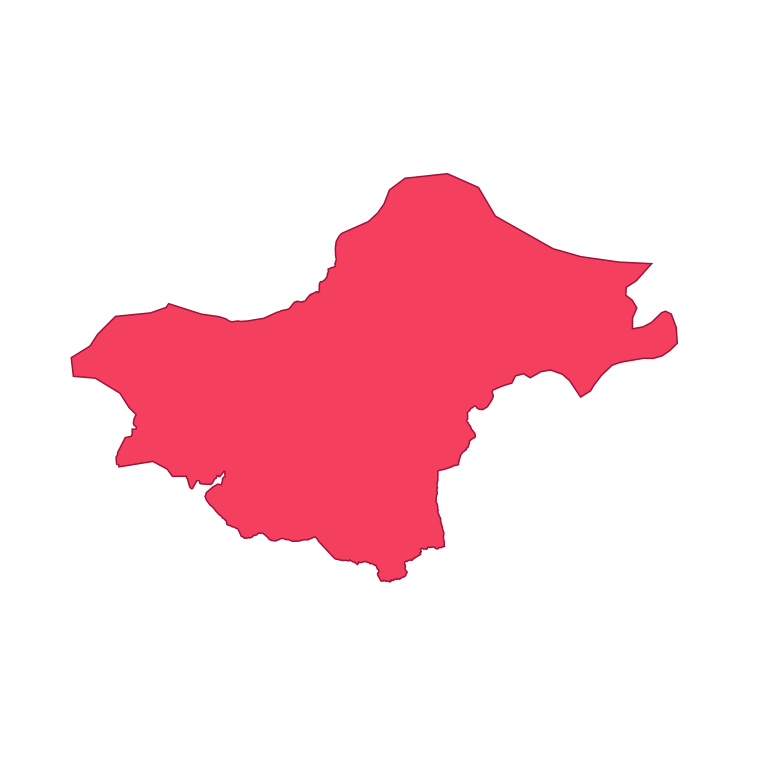 Krachi Nchumuru, Volta, Ghana (Natural Earth projection), rotated 164°
{"feature_id": "2480657B73751367479109", "entity_name": "Krachi Nchumuru", "entity_type": "district", "adm_level": 2, "iso_a3": "GHA", "parent_name": "Ghana", "parent_adm1": "Volta", "projection": "natural_earth1", "projection_center": [-0.055, 8.189], "detail": "fine", "context": "isolated", "style": "filled", "palette": "rose", "viewbox_px": 768, "rotation_deg": 164, "n_neighbors": 0, "source": "geoboundaries", "source_scale": "gbopen_adm2", "svg_char_len": 6165}
<svg xmlns="http://www.w3.org/2000/svg" viewBox="0 0 768 768"><g transform="rotate(164 384 384)"><path d="M661.6,377.4L627.6,373.3L615.9,362.0L612.8,353.5L599.4,349.8L599.7,348.8L599.2,347.2L599.0,345.5L599.2,344.9L599.1,341.9L599.2,339.2L598.7,337.4L597.9,336.4L596.9,336.3L596.6,336.6L590.6,342.6L589.1,342.2L588.2,341.6L588.2,340.4L588.4,339.2L587.6,338.6L585.8,337.8L579.6,335.8L578.4,335.1L575.8,336.4L573.5,339.0L571.3,339.8L570.4,340.8L569.7,342.1L568.6,341.6L568.4,340.7L567.3,340.2L561.9,344.2L561.0,343.5L561.9,341.2L562.0,339.5L562.6,339.0L564.0,338.5L564.7,338.0L565.7,336.8L566.0,335.4L568.2,331.9L571.4,333.6L576.8,332.2L584.7,328.6L585.4,327.3L586.9,325.4L587.0,324.8L586.7,321.4L584.5,315.3L583.6,314.5L582.1,311.7L580.7,308.3L578.5,303.9L576.9,301.9L576.0,299.4L574.8,298.4L574.2,296.9L573.4,296.3L573.7,292.6L572.7,291.2L570.6,290.1L569.1,288.4L568.0,288.2L566.3,286.4L564.4,285.0L563.1,276.8L561.3,275.6L561.4,275.1L561.3,274.8L559.9,274.0L558.4,273.6L557.9,273.8L555.9,273.5L555.9,273.2L555.5,273.0L552.9,273.2L552.4,273.4L551.6,274.2L550.9,274.1L550.2,274.4L549.8,274.2L547.8,274.0L546.5,275.0L545.6,275.3L544.2,274.5L542.3,274.5L539.9,271.8L539.8,271.2L538.5,269.5L537.0,266.1L534.9,264.4L531.4,263.0L524.9,263.8L522.6,262.7L521.4,261.6L519.9,261.0L518.9,260.9L515.4,258.1L509.4,256.5L504.6,256.4L501.6,255.8L500.3,255.1L498.9,255.5L497.2,255.5L492.4,256.2L491.7,254.7L491.0,254.2L490.8,252.6L490.1,250.5L480.2,231.1L479.1,229.4L478.3,228.8L476.5,228.1L475.2,227.1L471.8,225.6L469.7,225.2L466.9,223.8L466.4,223.6L465.3,224.3L462.9,221.6L461.3,220.8L460.9,219.9L459.2,217.8L458.0,218.7L457.3,219.8L456.1,218.8L455.3,218.7L453.8,218.9L453.0,218.6L450.9,218.6L449.2,217.2L448.5,217.0L447.6,216.3L447.1,215.2L446.5,214.9L445.8,215.0L444.7,214.5L442.9,212.3L441.9,212.0L441.4,209.8L441.5,209.0L441.4,208.0L440.5,206.8L440.6,205.4L441.1,204.4L442.1,204.1L442.7,202.9L442.6,201.1L442.3,200.5L441.8,198.6L441.7,196.9L441.0,195.3L439.1,194.8L438.3,195.4L436.6,193.8L434.4,193.5L434.0,192.9L433.1,192.2L431.8,192.3L431.7,193.4L431.3,193.6L430.8,193.6L430.3,193.1L429.5,192.9L429.3,192.6L428.2,193.3L427.6,193.0L426.5,193.5L425.4,192.5L424.4,193.0L423.8,192.6L423.3,192.7L422.7,192.0L421.8,192.5L419.5,193.0L419.1,193.3L418.1,193.0L416.8,193.4L415.6,194.3L415.2,195.3L413.9,196.2L413.6,196.7L413.9,197.9L414.3,198.3L414.6,199.0L414.8,200.7L413.9,201.9L413.5,204.0L413.8,205.4L413.4,206.7L412.1,207.6L410.9,207.1L409.2,207.7L408.3,207.5L407.2,207.6L406.5,207.1L405.6,206.9L403.1,208.2L402.5,208.1L400.8,208.8L399.7,208.9L397.5,209.8L396.7,209.7L395.7,210.4L395.9,211.8L394.7,212.2L394.3,212.6L394.5,214.4L394.4,215.0L393.6,215.4L392.4,215.4L392.0,215.1L391.4,214.3L390.6,214.3L388.8,213.5L387.7,213.8L387.1,214.8L386.6,215.1L386.2,215.0L385.8,214.6L385.2,214.3L384.3,214.3L383.6,213.9L382.3,213.9L380.9,213.6L379.7,211.7L379.3,211.8L378.9,211.1L378.3,210.8L376.9,210.9L376.2,211.6L374.8,211.3L374.4,211.0L370.5,211.3L370.7,212.5L370.2,213.3L369.7,214.7L369.3,219.9L367.7,223.5L367.4,224.9L367.7,227.5L367.3,231.9L367.5,233.3L367.3,235.5L367.5,236.5L366.9,237.8L366.9,239.2L366.7,239.7L367.0,240.9L367.4,241.6L367.2,243.0L367.4,244.7L367.8,246.3L367.7,246.8L367.2,246.9L366.7,247.5L366.8,248.9L366.2,251.5L366.0,254.6L366.6,256.6L366.5,257.0L365.8,257.9L365.2,260.5L364.0,262.7L362.9,263.9L362.8,265.7L362.3,266.9L362.3,268.1L362.1,268.6L361.1,269.4L361.3,270.9L361.2,271.6L360.3,273.5L360.1,274.7L359.1,275.8L358.8,276.6L357.5,281.2L357.0,282.1L356.4,285.1L355.1,285.8L353.0,285.5L351.8,285.6L349.5,285.2L348.4,285.5L347.5,285.4L342.0,285.7L340.4,285.9L339.3,286.5L338.8,286.1L334.7,285.9L334.5,286.3L334.5,287.0L333.0,289.2L332.7,290.5L331.7,291.5L330.3,294.1L329.7,294.7L327.2,296.6L323.1,298.2L322.8,298.4L322.6,299.2L322.1,299.7L321.0,299.9L320.5,300.2L318.4,303.4L317.4,305.6L315.3,306.6L313.5,307.2L312.4,307.3L310.9,307.9L310.5,308.7L310.3,311.4L311.6,314.8L312.4,316.3L312.6,319.9L313.6,321.8L313.7,323.3L314.7,325.1L314.8,325.9L314.2,326.7L313.4,327.1L313.1,327.5L312.8,329.2L312.2,330.6L311.9,333.4L311.6,333.8L309.0,334.8L307.1,336.7L305.7,336.8L303.0,338.0L302.4,337.9L301.8,337.1L301.4,335.7L300.7,334.6L299.1,333.2L296.0,332.2L291.6,333.4L290.8,333.7L286.3,337.5L284.5,339.2L282.4,341.9L282.0,343.5L282.5,346.0L281.4,348.0L273.2,349.2L267.8,349.6L260.9,349.6L255.5,355.5L247.0,355.4L241.8,349.7L229.5,352.6L220.0,351.5L209.8,344.2L204.6,336.0L198.6,317.2L187.3,320.5L182.9,324.7L172.7,332.3L159.6,339.2L152.0,339.6L147.3,339.4L127.6,337.2L118.3,334.4L109.0,334.4L100.2,337.3L90.8,342.4L87.5,357.9L88.6,372.1L93.4,376.4L97.6,376.0L109.9,369.4L119.3,367.5L130.0,368.6L126.8,379.1L120.0,387.4L122.3,396.2L127.1,402.7L124.5,410.2L113.2,413.6L93.6,425.9L124.7,436.5L159.6,452.1L184.2,467.4L230.7,514.7L239.0,546.8L265.1,568.7L307.0,576.0L325.3,569.0L334.3,557.1L343.0,550.1L354.3,544.4L382.9,540.5L386.3,538.6L390.6,534.3L393.3,528.1L395.0,521.4L395.6,516.7L396.2,515.7L397.0,514.9L397.3,513.7L398.0,513.3L398.4,510.7L399.0,510.3L399.4,510.3L400.0,510.0L401.7,510.4L402.5,510.2L403.3,510.3L405.3,509.8L405.7,510.0L406.1,509.8L406.3,507.9L407.2,506.3L407.9,505.9L408.4,504.1L408.9,503.5L409.3,502.7L412.5,500.2L413.1,500.3L414.9,499.4L416.1,499.5L416.6,499.9L417.3,499.5L418.4,498.1L419.5,495.6L419.4,494.6L420.4,492.8L420.1,491.8L420.4,491.4L421.6,490.6L421.8,490.0L423.0,491.3L424.1,491.3L426.8,490.6L428.2,490.7L428.7,490.1L429.3,490.0L430.2,490.4L430.5,490.3L430.9,489.5L431.8,489.4L435.8,486.5L436.2,485.8L436.9,485.6L438.9,485.6L439.4,485.8L440.0,485.2L444.2,487.3L444.9,487.5L445.6,487.0L446.4,487.1L446.8,487.5L447.3,487.4L450.6,485.3L451.9,484.1L452.9,483.7L453.6,483.0L454.6,482.5L458.9,482.3L459.8,482.7L463.1,482.7L463.6,482.4L467.2,482.4L481.5,480.3L497.8,482.2L504.6,483.7L507.1,484.9L513.0,485.7L515.5,487.2L518.1,490.2L524.2,494.3L540.3,501.5L568.9,520.6L572.2,517.7L588.8,516.7L623.4,523.0L645.5,510.8L656.2,501.5L677.4,495.5L680.5,477.0L659.9,469.2L640.4,448.0L635.5,431.5L630.7,422.9L633.4,420.0L635.6,416.0L635.8,413.7L633.8,410.7L634.9,409.0L638.6,410.0L639.9,405.2L641.2,403.4L647.5,403.8L658.8,391.7L659.9,389.2L661.8,387.4L663.1,380.7L661.2,379.1L661.6,377.4Z" fill="#f43f5e" stroke="#9f1239" stroke-width="1.5"/></g></svg>